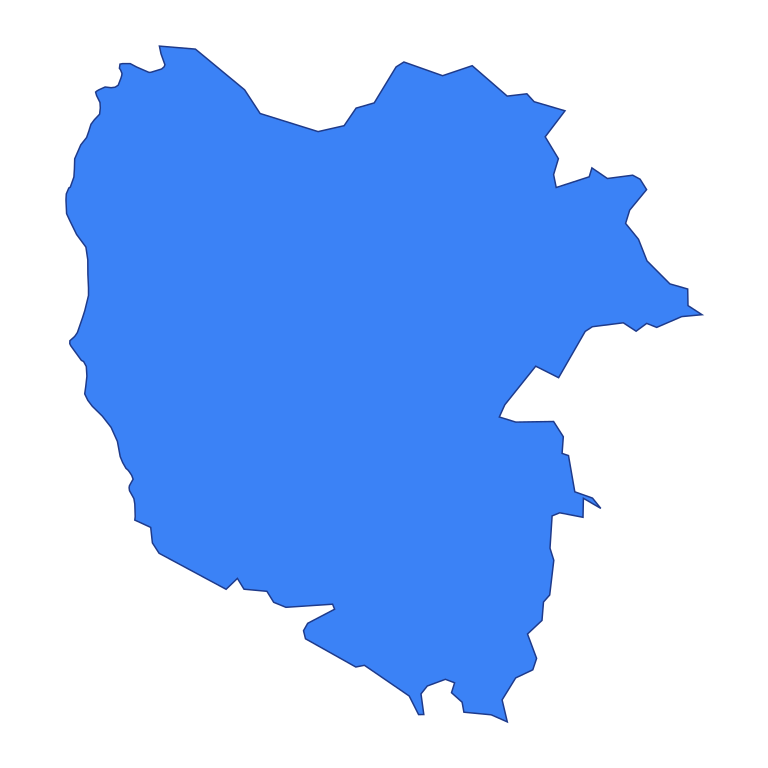 the district of Mavrovo and Rostusha, Mavrovo and Rostusa, North Macedonia
{"feature_id": "65306769B57665907630306", "entity_name": "Mavrovo and Rostusha", "entity_type": "district", "adm_level": 2, "iso_a3": "MKD", "parent_name": "North Macedonia", "parent_adm1": "Mavrovo and Rostusa", "projection": "albers", "projection_center": [20.658, 41.644], "detail": "fine", "context": "isolated", "style": "filled", "palette": "blue", "viewbox_px": 768, "rotation_deg": 0, "n_neighbors": 0, "source": "geoboundaries", "source_scale": "gbopen_adm2", "svg_char_len": 2250}
<svg xmlns="http://www.w3.org/2000/svg" viewBox="0 0 768 768"><path d="M418.6,714.6L423.8,714.5L421.0,693.9L427.3,686.0L445.4,679.3L454.6,682.8L451.5,692.7L462.1,702.2L463.9,712.2L491.2,714.8L507.3,721.9L502.1,699.9L515.7,677.9L532.8,669.8L536.6,658.4L527.5,634.0L542.0,620.4L543.5,602.0L549.7,595.0L553.8,560.3L550.0,548.2L552.1,515.9L559.7,512.8L583.0,517.3L583.4,498.3L600.8,508.4L592.5,498.1L574.8,491.8L568.5,455.6L562.1,453.4L563.3,436.7L553.6,421.5L515.8,422.1L499.3,417.0L504.8,404.8L535.7,366.2L558.6,377.7L585.2,331.4L592.4,326.7L623.3,322.8L636.1,331.2L646.7,323.4L656.7,327.4L681.7,316.6L702.0,314.7L688.0,305.6L687.7,289.0L669.9,283.9L647.0,260.9L638.5,239.3L625.6,223.4L629.7,210.1L646.6,189.6L640.1,179.2L632.7,175.2L607.4,178.5L591.9,167.9L589.2,176.8L556.2,187.5L553.6,174.6L558.4,158.7L545.2,136.8L565.0,110.8L534.1,101.7L526.9,93.8L507.2,96.1L472.2,65.7L442.6,75.7L403.9,62.0L396.1,66.9L374.2,102.9L356.1,108.1L344.1,125.7L318.1,131.6L260.1,113.5L244.6,89.8L195.4,49.1L159.4,46.1L161.0,53.8L164.9,64.7L164.2,66.7L161.6,69.0L150.8,72.3L149.0,72.4L136.6,67.0L130.2,63.6L123.9,63.6L122.7,63.6L120.0,64.1L119.4,68.3L120.5,69.8L122.0,73.5L121.7,75.6L120.9,78.2L118.2,85.2L115.1,87.2L111.1,87.7L105.1,87.0L98.7,89.9L96.7,91.1L95.6,92.1L96.6,95.6L100.0,102.5L100.3,108.0L99.6,114.2L94.4,119.7L91.0,124.2L89.8,128.0L89.4,129.2L89.1,130.4L86.6,137.5L80.8,144.8L74.7,158.8L74.4,169.1L73.9,177.0L70.3,187.1L68.8,188.0L66.3,193.9L66.0,199.1L66.0,200.8L66.6,213.7L69.7,220.4L76.6,234.5L85.9,247.1L87.8,259.9L87.9,274.3L88.5,287.9L88.5,295.5L84.8,310.6L82.5,317.8L77.4,332.5L75.1,335.9L74.1,337.0L69.9,340.7L69.8,343.7L70.8,345.8L74.7,351.2L81.4,360.4L83.6,361.5L86.3,366.5L86.9,376.2L85.8,386.1L84.7,393.9L87.8,400.3L92.4,406.4L102.3,416.1L111.1,427.4L117.4,441.4L120.2,456.6L122.7,462.6L126.0,468.4L127.9,470.0L129.4,471.9L131.7,475.4L133.1,479.2L131.2,482.5L129.4,485.8L129.1,487.8L129.5,490.7L131.4,494.1L133.9,498.6L134.8,504.0L134.9,506.5L135.2,516.6L134.8,520.1L150.7,527.4L152.4,542.9L159.1,553.3L226.1,589.3L237.4,578.4L244.0,589.2L266.9,591.3L273.7,602.3L285.9,607.3L332.6,604.2L334.6,609.2L307.7,623.3L303.5,630.7L305.5,638.8L355.8,667.0L364.4,665.3L409.2,696.0L418.6,714.6Z" fill="#3b82f6" stroke="#1e3a8a" stroke-width="1.5"/></svg>